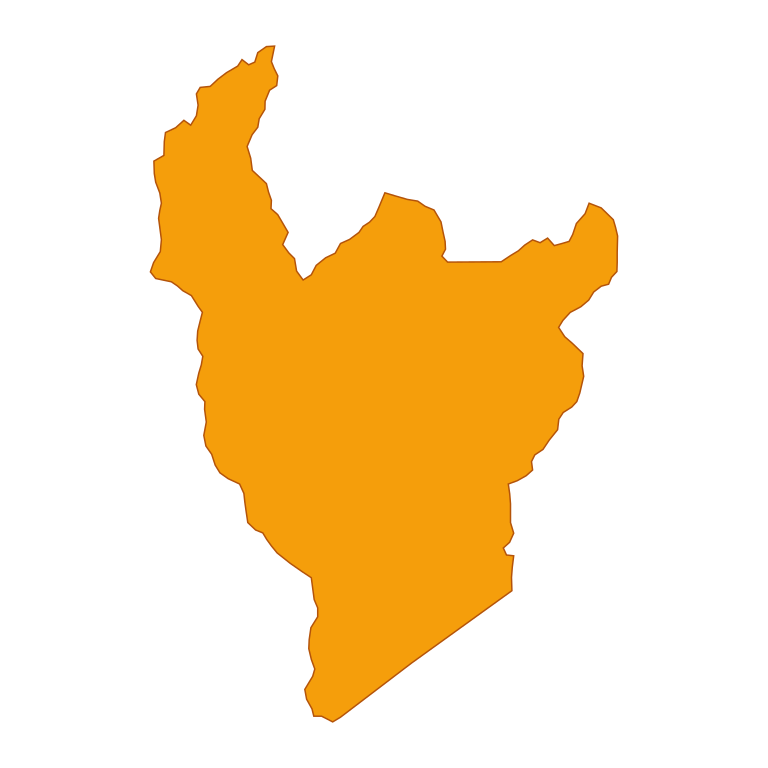 Estrela do Norte, Goiás, Brazil
{"feature_id": "56859067B35338978150564", "entity_name": "Estrela do Norte", "entity_type": "district", "adm_level": 2, "iso_a3": "BRA", "parent_name": "Brazil", "parent_adm1": "Goiás", "projection": "robinson", "projection_center": [-49.092, -13.811], "detail": "fine", "context": "isolated", "style": "filled", "palette": "amber", "viewbox_px": 768, "rotation_deg": 0, "n_neighbors": 0, "source": "geoboundaries", "source_scale": "gbopen_adm2", "svg_char_len": 2491}
<svg xmlns="http://www.w3.org/2000/svg" viewBox="0 0 768 768"><path d="M589.1,203.2L585.1,213.7L576.4,223.5L572.7,234.5L569.1,241.4L562.0,243.5L554.3,245.6L547.6,238.1L540.1,242.7L532.6,239.9L524.7,245.1L518.4,250.8L510.5,255.6L501.2,261.8L447.6,262.1L441.9,256.1L445.5,249.2L445.1,241.4L443.0,231.9L441.0,221.9L434.0,210.0L425.1,206.3L417.7,201.1L407.3,199.4L394.5,195.7L384.9,192.8L379.1,206.8L374.9,216.5L369.5,222.2L363.1,226.4L359.0,232.4L349.6,239.4L340.5,243.5L335.2,253.2L325.6,257.8L316.2,265.4L311.3,274.8L303.1,280.0L296.6,271.1L294.5,258.6L288.8,252.9L282.7,244.6L288.1,232.4L281.7,221.4L277.7,214.6L271.0,208.7L271.4,200.3L268.5,192.0L266.4,183.6L258.5,176.2L252.3,170.4L250.7,158.2L247.1,146.5L252.1,134.7L257.8,127.2L259.2,118.7L264.9,109.3L265.1,101.2L269.6,90.2L276.7,85.6L277.8,75.9L274.2,68.6L271.4,61.6L274.6,46.1L266.4,46.6L257.8,52.6L254.8,62.1L248.7,64.8L242.0,59.6L237.7,66.1L226.6,72.6L217.8,79.3L210.2,86.4L200.2,87.4L196.4,93.9L198.1,105.2L196.4,115.8L190.7,125.2L183.9,120.3L175.7,127.7L165.5,132.5L164.3,141.5L163.9,155.4L153.9,161.1L154.3,173.6L155.7,182.2L159.8,193.0L161.4,203.2L159.8,210.5L158.6,218.3L161.4,239.7L160.3,251.6L153.6,262.6L150.4,271.9L155.7,278.5L162.8,280.0L171.4,281.8L177.4,285.9L182.8,290.7L191.4,295.6L198.1,306.3L202.4,312.3L200.2,320.9L197.7,331.0L197.1,340.4L198.1,349.0L202.8,356.3L201.3,364.9L198.8,373.1L196.3,384.6L198.8,394.2L204.9,401.6L204.6,409.3L206.3,422.0L203.8,435.4L205.9,446.0L211.7,454.3L215.2,465.1L220.0,472.9L228.2,478.7L239.6,484.0L243.9,493.4L244.8,501.8L246.0,510.5L247.8,522.6L255.6,530.0L262.8,532.9L266.7,539.4L271.4,545.9L277.1,552.9L290.3,563.4L303.1,572.3L311.3,577.7L314.2,599.6L317.7,607.9L317.7,616.8L310.9,627.7L309.2,639.6L308.8,648.7L311.3,659.3L314.8,669.0L312.7,676.3L304.8,689.4L306.6,699.2L312.0,708.9L313.8,716.2L321.6,716.2L332.7,721.9L340.5,717.2L411.6,663.0L511.9,590.7L511.5,577.4L512.3,567.1L513.7,555.8L506.5,555.0L503.3,548.0L509.6,542.3L513.7,533.2L510.5,522.6L510.5,511.3L510.5,503.8L509.7,493.8L508.3,484.0L517.3,480.7L526.2,475.7L532.6,470.0L531.5,461.6L534.8,454.9L543.0,449.4L549.3,440.0L557.6,429.7L558.8,419.2L563.2,412.5L571.8,407.0L576.8,401.6L579.8,393.0L583.7,376.3L582.1,365.8L583.0,353.6L572.3,343.3L564.7,336.7L558.6,327.4L562.9,320.4L570.2,312.4L580.9,306.7L588.7,300.1L593.7,292.0L601.2,286.2L608.6,284.2L611.5,277.3L616.9,271.5L617.2,262.3L617.2,252.1L617.6,236.0L615.5,227.2L613.3,219.7L601.2,207.9L589.1,203.2Z" fill="#f59e0b" stroke="#b45309" stroke-width="1.5"/></svg>